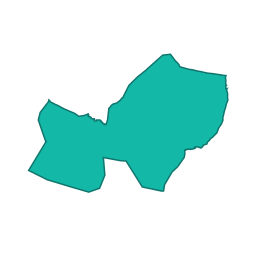 Augie, Kebbi, Nigeria (Equal Earth projection), rotated 262°
{"feature_id": "59680162B78681214723365", "entity_name": "Augie", "entity_type": "district", "adm_level": 2, "iso_a3": "NGA", "parent_name": "Nigeria", "parent_adm1": "Kebbi", "projection": "equal_earth", "projection_center": [4.617, 12.907], "detail": "fine", "context": "isolated", "style": "filled", "palette": "teal", "viewbox_px": 256, "rotation_deg": 262, "n_neighbors": 0, "source": "geoboundaries", "source_scale": "gbopen_adm2", "svg_char_len": 4483}
<svg xmlns="http://www.w3.org/2000/svg" viewBox="0 0 256 256"><g transform="rotate(262 128 128)"><path d="M173.9,207.4L174.8,204.5L176.5,200.4L177.7,196.4L179.3,192.6L181.4,187.9L182.8,187.4L183.5,187.3L184.5,186.8L185.2,186.3L188.3,184.0L190.9,182.6L195.1,180.3L195.3,172.5L183.3,154.5L182.9,154.0L177.2,144.5L170.1,134.9L159.6,127.6L159.2,127.6L159.0,127.4L158.8,127.0L158.6,126.5L158.3,125.9L157.8,125.5L157.6,125.2L157.2,125.1L156.6,124.2L156.1,123.4L155.3,122.2L154.8,120.9L154.1,120.0L154.0,119.5L154.0,119.1L154.1,118.6L154.0,117.8L153.8,116.8L153.5,115.9L153.0,115.2L152.6,114.5L151.4,113.5L151.0,113.0L150.7,112.5L150.3,112.0L150.1,111.8L149.9,111.7L138.9,108.9L134.4,106.7L134.5,106.0L134.9,106.1L135.1,105.9L135.2,105.7L135.3,105.1L135.1,104.6L135.3,104.4L135.5,104.3L135.7,103.9L136.0,103.8L136.3,103.7L136.8,103.7L137.0,103.4L137.3,102.9L137.6,102.5L137.9,102.8L138.5,102.5L138.8,101.9L139.2,101.9L139.6,101.6L139.7,101.4L139.9,101.1L140.0,100.2L140.1,99.1L140.1,98.4L140.3,97.9L139.8,97.8L139.5,97.7L139.3,97.2L139.4,96.7L139.4,96.3L139.9,96.0L140.4,95.7L141.0,95.5L141.2,96.0L141.5,96.0L141.8,96.0L141.8,95.0L142.0,94.0L142.6,93.2L143.2,93.0L143.6,92.9L143.8,92.5L144.1,92.4L144.3,91.9L144.6,91.4L144.8,91.0L144.8,90.9L144.8,90.6L144.8,90.4L145.0,90.3L145.2,90.5L145.7,90.4L145.9,90.4L146.2,90.3L146.5,90.2L146.6,90.6L146.6,90.9L146.9,90.9L147.5,90.5L147.0,88.6L146.5,86.5L146.4,81.2L146.4,80.9L149.8,77.4L155.8,67.4L160.6,60.9L161.1,59.7L162.8,57.5L164.2,55.3L166.2,54.0L166.8,53.6L164.8,52.7L161.3,49.0L155.6,43.2L148.4,40.3L125.7,44.7L125.7,44.8L99.8,23.7L87.9,41.0L77.8,62.9L70.0,80.2L72.3,91.5L84.5,98.5L102.2,99.5L96.7,115.9L95.6,121.5L67.6,134.0L60.9,152.4L60.7,154.5L66.7,156.3L70.9,159.6L78.4,165.6L82.6,171.6L85.8,174.7L91.0,179.5L93.2,180.3L94.9,180.8L98.0,181.0L97.9,181.3L97.9,181.5L98.0,181.7L98.1,181.8L98.2,182.0L98.4,182.1L98.5,182.1L98.5,182.3L98.4,182.3L98.4,182.5L98.4,182.8L98.4,183.0L98.5,183.3L98.4,183.4L98.4,183.5L98.5,183.7L98.8,183.7L98.8,183.9L98.8,184.0L98.7,184.1L98.6,184.3L98.6,184.5L98.6,184.8L98.5,185.0L98.5,185.3L98.5,185.6L98.4,185.7L98.4,185.9L98.4,186.0L98.3,186.3L98.3,186.5L98.2,186.8L98.1,187.0L98.2,187.3L98.3,187.5L98.3,187.8L98.3,188.0L98.2,188.1L98.1,188.3L98.2,188.6L98.2,188.9L98.2,189.0L98.2,189.3L98.2,189.5L98.2,189.8L98.3,189.9L98.3,190.0L98.3,190.3L98.5,190.4L98.7,190.5L98.6,190.8L98.7,191.0L98.8,191.2L98.8,191.3L98.8,191.5L98.7,191.5L98.8,191.8L98.9,192.0L99.0,192.1L99.3,192.0L99.3,191.9L99.4,191.7L99.5,191.7L99.6,191.9L99.7,192.0L99.9,192.0L99.8,192.4L99.8,192.6L99.8,192.8L99.7,193.0L99.8,193.2L99.8,193.4L99.8,193.5L99.7,193.6L99.7,193.8L99.6,194.0L99.6,194.3L99.6,194.5L99.6,194.8L99.5,195.1L99.4,195.2L99.3,195.4L99.3,195.5L99.1,195.5L98.9,195.6L98.7,195.8L98.7,196.0L98.7,196.5L98.6,196.8L98.5,197.0L98.4,197.2L98.3,197.3L98.1,197.4L98.4,198.4L100.6,200.6L100.9,202.2L101.1,203.2L101.2,203.9L101.7,204.1L102.1,204.3L102.5,204.5L102.9,204.7L103.2,205.1L103.6,205.6L104.0,206.2L104.4,206.7L104.8,207.2L105.3,207.7L105.8,208.1L106.0,208.4L106.2,208.7L106.4,209.0L106.5,209.4L106.8,209.9L107.2,210.6L108.1,211.7L108.8,212.7L109.4,213.4L109.9,214.1L110.2,214.5L110.5,215.0L110.9,215.4L111.5,215.6L112.0,216.0L112.9,216.5L114.2,217.1L115.1,217.6L116.2,218.5L117.0,219.2L117.6,219.8L118.3,220.5L118.9,220.9L119.4,221.2L119.7,221.5L120.2,221.8L120.9,222.2L121.5,222.5L121.8,222.7L122.2,222.9L122.5,223.1L122.9,223.2L123.3,223.1L123.7,223.2L124.1,223.2L124.5,223.2L124.7,223.3L125.1,223.4L125.4,223.5L125.8,223.6L126.1,223.8L126.4,223.9L126.8,224.1L127.1,224.2L127.4,224.4L127.9,224.5L128.2,224.6L128.5,224.7L129.0,224.8L129.3,225.0L129.5,225.1L130.0,225.3L130.6,225.5L132.2,226.2L133.2,226.7L135.2,227.7L136.1,228.0L136.4,228.1L136.7,228.1L137.3,228.4L139.9,229.7L140.6,230.1L141.3,230.6L141.6,230.7L141.8,230.8L142.2,230.8L143.0,230.8L143.5,230.8L144.2,230.8L144.8,230.8L145.2,230.9L146.0,231.1L146.6,231.2L147.0,231.2L147.4,231.3L147.7,231.3L148.0,231.4L148.5,231.4L148.8,231.3L149.3,231.3L149.7,231.3L150.1,231.2L150.5,231.1L150.8,231.1L151.1,231.0L151.4,231.0L151.7,231.0L152.1,231.1L152.4,231.2L152.8,231.3L153.1,231.4L153.2,231.5L153.1,230.4L153.8,230.5L154.2,230.5L156.3,230.7L156.4,231.4L156.9,231.2L157.5,231.0L158.3,231.0L159.1,231.0L159.7,231.1L160.3,231.3L160.8,231.4L161.6,231.5L162.2,231.5L163.1,231.5L163.6,231.5L164.4,231.6L164.9,231.8L165.3,231.9L166.0,232.1L166.3,232.3L166.8,230.0L168.0,226.3L170.0,219.6L171.3,214.3L173.9,207.4Z" fill="#14b8a6" stroke="#0f766e" stroke-width="1.5"/></g></svg>